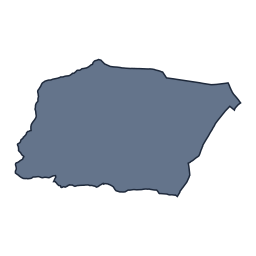 Sura Mica, Sibiu, Romania (Albers equal-area conic projection)
{"feature_id": "2599482B27729481581318", "entity_name": "Sura Mica", "entity_type": "district", "adm_level": 2, "iso_a3": "ROU", "parent_name": "Romania", "parent_adm1": "Sibiu", "projection": "albers", "projection_center": [24.025, 45.833], "detail": "fine", "context": "isolated", "style": "filled", "palette": "slate", "viewbox_px": 256, "rotation_deg": 0, "n_neighbors": 0, "source": "geoboundaries", "source_scale": "gbopen_adm2", "svg_char_len": 5627}
<svg xmlns="http://www.w3.org/2000/svg" viewBox="0 0 256 256"><path d="M189.8,175.3L189.6,172.9L188.9,166.9L188.6,165.0L188.4,163.9L188.2,163.2L188.7,163.0L189.3,162.7L190.1,162.3L190.9,161.5L191.4,161.3L192.4,160.7L193.4,160.0L194.3,159.2L196.5,157.5L197.8,156.7L198.9,155.8L199.8,153.8L201.0,150.2L201.7,148.6L202.0,147.8L202.1,147.3L202.4,146.7L202.7,146.2L202.8,145.7L202.8,145.2L205.5,140.6L208.7,135.4L209.2,134.4L210.7,131.8L212.0,129.8L212.3,129.2L212.8,128.3L213.1,127.6L213.8,126.7L214.7,125.0L215.3,123.7L217.6,120.6L225.3,111.0L227.7,108.5L229.8,106.3L234.4,110.1L234.6,109.4L234.9,108.6L235.5,107.7L238.0,104.9L239.6,103.6L240.6,102.9L239.3,101.2L238.5,100.0L236.4,97.4L233.5,94.1L232.8,93.0L232.2,92.1L231.6,90.7L231.3,90.3L231.0,89.5L230.9,89.3L229.8,86.9L229.4,85.7L228.1,82.9L225.6,83.3L216.6,84.4L213.5,84.6L211.2,84.7L202.8,83.4L199.8,82.8L183.7,80.4L176.3,79.3L173.9,78.9L166.5,77.9L162.6,72.0L162.3,72.1L160.2,71.2L158.6,70.7L155.3,69.9L154.4,69.5L152.2,69.1L149.9,68.9L148.2,69.0L139.2,68.6L137.0,68.6L134.6,68.5L133.1,68.5L131.9,68.4L130.6,68.5L125.6,68.2L123.8,68.0L121.9,67.9L120.2,67.5L117.0,67.1L113.6,66.9L112.2,66.7L110.6,66.5L110.2,66.4L109.6,66.2L109.1,65.9L107.0,65.0L105.5,64.3L104.7,64.0L102.5,61.8L101.5,60.8L101.0,60.2L100.7,60.1L98.4,59.5L97.8,59.9L97.0,60.2L96.3,60.4L95.4,60.6L94.7,60.9L94.4,61.1L93.2,62.4L92.9,63.1L92.5,64.3L92.4,64.3L92.2,64.5L91.3,64.7L90.8,65.1L90.1,65.7L88.5,66.9L87.7,67.3L86.6,67.9L86.0,68.0L83.7,68.5L82.0,68.7L81.8,68.8L81.0,69.5L80.5,69.8L79.7,70.2L79.2,70.3L78.3,70.2L77.2,70.3L76.8,70.6L75.7,71.8L74.8,72.5L74.3,73.0L74.2,73.1L73.5,73.3L72.8,73.2L72.5,73.3L72.3,73.4L72.0,73.7L71.7,74.2L71.4,74.3L69.8,75.4L68.9,75.7L68.0,75.9L67.4,75.9L65.7,76.1L64.4,76.4L63.1,76.9L61.5,77.0L61.2,77.0L60.9,76.9L59.5,77.6L57.7,78.2L52.8,79.2L51.5,79.7L50.8,80.0L48.4,80.1L46.1,80.8L44.9,81.2L44.5,81.5L44.0,81.9L42.9,82.6L42.1,83.3L41.3,84.8L40.9,85.8L40.6,86.4L39.8,87.6L39.1,88.8L38.6,89.5L38.2,90.0L37.9,90.4L37.7,91.3L37.7,91.9L38.2,94.2L38.2,95.0L38.4,95.8L38.5,96.4L38.4,96.9L38.1,98.0L38.0,98.5L37.9,99.5L38.0,100.0L37.9,100.9L37.8,101.4L37.6,101.6L37.2,102.1L36.4,103.0L35.7,104.5L35.5,105.4L35.4,107.4L35.3,108.0L35.1,108.7L35.1,109.1L35.1,109.6L35.4,110.0L35.4,110.4L35.5,110.6L35.6,111.0L35.8,112.1L35.8,112.6L36.0,114.4L36.2,115.2L36.2,116.0L36.1,117.0L35.7,118.0L34.7,119.6L33.5,121.2L33.2,121.5L32.5,122.6L32.1,123.1L31.6,124.1L31.3,124.7L30.9,126.7L30.9,128.0L30.9,128.9L31.1,130.5L30.4,130.6L29.4,131.0L28.8,131.4L27.9,131.4L27.7,131.6L27.0,132.3L26.5,132.9L26.4,133.7L26.2,134.2L25.9,134.7L25.3,135.4L24.7,136.0L24.1,136.7L23.4,137.1L23.3,137.3L23.2,137.8L23.0,138.1L21.8,139.2L21.3,139.5L21.0,139.8L20.6,141.2L20.2,142.1L20.0,142.5L19.8,142.7L19.5,142.8L19.0,143.3L17.9,143.8L17.6,144.1L17.5,144.4L17.5,144.8L17.8,145.7L18.3,146.5L18.4,147.0L18.4,147.7L18.5,148.2L18.6,149.3L18.5,150.4L18.7,150.9L19.0,151.1L19.4,151.4L19.6,151.8L20.7,152.8L20.9,153.3L21.2,153.8L22.3,155.3L23.5,156.1L23.8,156.4L23.8,156.7L23.7,157.1L23.2,157.6L22.9,158.3L22.7,159.1L22.3,159.4L20.1,160.7L19.4,161.3L19.2,161.5L18.3,162.0L17.8,162.4L17.3,162.6L16.8,162.7L16.4,162.8L16.0,163.1L15.6,163.7L15.5,164.3L15.5,164.9L16.0,166.5L16.2,167.6L16.3,168.8L16.1,169.7L15.7,170.4L15.4,171.2L15.4,171.7L15.4,173.0L15.6,173.2L16.6,173.9L17.3,174.5L17.8,174.8L18.7,175.3L19.1,175.9L19.5,176.2L21.5,177.6L22.3,177.9L23.1,178.4L23.6,178.5L25.5,178.6L26.6,178.5L27.3,178.7L28.3,178.7L30.8,178.4L31.4,178.2L31.9,177.9L32.4,177.5L33.2,177.0L33.7,177.0L34.9,177.0L35.8,176.9L37.3,176.7L38.0,176.6L38.4,176.6L39.4,176.8L41.5,177.6L42.2,177.7L42.8,177.7L44.0,177.4L44.6,177.3L45.6,177.3L47.3,177.5L48.3,177.7L48.8,177.7L49.2,177.7L53.0,175.9L53.6,175.8L55.5,175.6L55.7,176.4L55.7,177.5L55.5,177.8L55.1,178.3L54.7,179.1L54.1,180.6L53.6,181.6L54.5,181.6L55.3,181.6L55.5,181.9L55.8,182.4L56.4,182.9L56.8,183.5L57.0,183.8L58.1,184.9L58.5,185.3L58.8,185.5L59.1,185.6L60.0,185.6L60.3,185.7L60.6,186.0L60.7,186.4L60.8,186.9L60.9,187.2L61.2,187.4L61.8,187.5L62.0,187.4L62.1,187.2L62.4,187.2L62.6,187.2L62.8,187.0L63.5,186.7L63.9,186.7L64.2,186.8L64.7,187.0L65.1,187.1L65.3,187.1L65.6,186.9L65.9,186.9L66.4,186.5L66.7,186.4L66.9,186.2L67.5,186.1L67.9,185.5L68.1,185.4L68.4,185.3L68.7,185.4L68.9,185.3L69.0,185.1L69.6,184.8L69.8,185.0L72.5,185.1L73.3,185.6L73.6,185.8L74.9,186.3L75.7,186.1L76.9,185.7L77.7,185.5L78.9,185.5L79.4,185.4L81.1,185.3L84.4,185.2L85.6,185.0L86.7,185.0L88.0,184.9L89.0,185.2L89.3,185.4L89.6,185.5L90.4,185.5L91.1,185.4L92.0,185.5L92.5,185.6L92.9,185.7L93.7,186.0L94.2,186.0L95.1,186.3L95.6,186.5L96.3,187.1L96.5,187.1L97.1,186.9L97.8,186.7L98.8,186.0L99.3,185.7L100.2,185.0L101.3,184.5L101.4,184.4L102.0,184.1L102.3,183.8L102.6,183.7L103.1,183.4L103.3,183.8L103.7,184.2L104.1,184.0L104.7,183.6L106.2,183.7L106.5,183.8L107.2,183.8L107.7,183.9L109.0,184.5L109.8,184.7L111.0,185.4L111.6,185.6L112.4,186.3L113.0,186.6L113.3,186.8L114.9,189.4L115.8,190.5L116.0,190.7L117.1,191.1L117.9,191.3L119.7,191.9L120.1,191.9L121.7,191.9L122.9,192.0L124.7,191.9L125.2,191.8L125.5,191.6L128.1,190.1L130.0,190.1L133.3,189.6L134.5,189.6L136.6,189.8L138.8,189.7L141.6,189.6L143.7,189.2L145.7,189.0L148.0,189.2L149.1,189.0L150.0,189.3L150.6,189.4L154.3,190.0L156.7,190.1L157.9,191.5L159.0,193.3L159.3,193.5L159.5,193.6L160.3,193.6L161.0,193.6L166.4,194.0L167.5,194.2L168.2,194.6L169.8,194.9L170.1,194.9L170.5,194.8L172.1,194.8L174.2,195.1L175.4,195.2L175.5,195.1L176.1,195.5L177.3,196.5L179.8,192.3L180.0,191.3L180.3,190.8L181.3,189.6L182.2,188.2L182.6,187.8L186.6,182.4L187.0,181.7L189.0,177.3L189.2,176.7L189.5,175.6L189.7,175.4L189.8,175.3Z" fill="#64748b" stroke="#1e293b" stroke-width="1.5"/></svg>